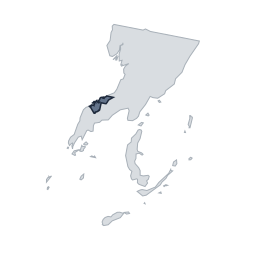 location of Kairuku - Hiri District, Central, Papua New Guinea, rotated 102°
{"feature_id": "67681753B66231451727699", "entity_name": "Kairuku - Hiri District", "entity_type": "district", "adm_level": 2, "iso_a3": "PNG", "parent_name": "Papua New Guinea", "parent_adm1": "Central", "projection": "albers", "projection_center": [147.055, -8.887], "detail": "fine", "context": "in_parent", "style": "filled", "palette": "slate", "viewbox_px": 256, "rotation_deg": 102, "n_neighbors": 0, "source": "geoboundaries", "source_scale": "gbopen_adm2", "svg_char_len": 6920}
<svg xmlns="http://www.w3.org/2000/svg" viewBox="0 0 256 256"><g transform="rotate(102 128 128)"><path d="M29.6,163.3L29.1,133.6L27.5,131.5L28.9,126.2L28.1,76.3L30.9,76.5L44.8,82.3L54.2,85.4L62.3,86.8L69.9,91.7L75.4,91.9L83.6,98.9L86.9,99.3L92.7,105.1L93.1,109.9L92.5,112.9L101.3,115.7L109.7,119.8L114.2,120.2L116.8,121.6L119.9,125.1L120.5,129.7L118.7,130.6L110.8,130.5L108.6,132.0L111.8,139.3L118.8,146.0L124.2,149.0L125.7,155.1L128.4,157.0L130.2,161.8L132.9,162.3L138.3,161.5L139.2,163.5L138.3,166.6L139.1,167.8L149.0,170.4L145.7,172.0L147.2,174.7L153.6,177.2L157.6,178.1L160.0,177.9L157.2,179.2L154.7,178.8L154.2,179.2L155.2,180.3L157.3,181.6L155.1,183.2L153.0,183.4L149.0,182.3L145.5,179.3L134.8,177.9L131.0,176.6L128.1,177.0L119.4,175.4L116.5,173.3L114.6,170.1L109.5,166.2L108.2,164.3L108.7,161.8L107.3,162.2L104.3,160.4L96.4,148.7L92.4,147.0L82.3,145.1L80.9,142.8L76.1,142.0L75.1,143.5L71.3,144.5L68.0,143.4L64.8,140.6L68.7,147.1L67.3,147.0L67.9,148.1L67.2,148.2L63.0,147.9L64.3,150.5L57.5,152.1L52.3,151.6L49.9,152.3L48.9,152.3L47.5,150.3L45.7,150.7L47.2,150.7L49.2,153.0L53.5,152.6L57.7,154.3L61.3,158.1L61.1,160.8L51.7,165.8L46.1,163.7L38.1,164.4L35.2,163.6L31.6,164.6L29.6,163.3ZM173.8,97.4L175.8,98.8L177.8,97.4L181.7,99.2L180.8,105.6L179.6,107.4L176.3,108.0L175.9,108.9L177.9,112.7L177.0,114.1L174.2,115.5L169.5,115.2L168.3,117.8L165.7,120.1L155.5,124.6L144.6,124.9L141.0,122.0L137.2,122.5L132.2,119.1L127.9,117.7L127.1,116.5L127.2,114.8L128.4,113.8L135.9,114.0L140.7,115.4L147.0,114.6L148.8,113.6L149.5,109.5L150.6,107.8L151.6,108.6L150.3,111.8L151.7,114.7L156.2,113.9L159.1,114.6L161.3,113.7L164.6,109.3L167.1,107.3L171.7,106.3L171.7,103.0L170.1,98.5L170.8,97.2L173.8,97.4ZM228.5,131.5L227.9,132.9L227.6,132.5L225.3,133.8L222.6,133.3L220.3,131.8L218.6,129.1L218.5,126.2L216.0,124.8L212.7,121.0L212.1,118.5L212.5,114.5L217.3,116.9L222.1,124.1L226.8,127.3L228.5,131.5ZM191.4,99.5L188.1,105.9L186.1,103.2L185.3,101.4L185.2,96.5L180.1,89.0L174.8,86.5L163.9,78.8L159.6,77.6L160.7,77.2L160.7,75.4L166.1,79.4L169.4,80.4L173.8,83.5L176.9,84.6L189.9,96.2L191.4,99.5ZM104.6,67.1L114.9,67.4L115.1,68.3L113.8,68.3L112.0,69.9L105.8,69.5L103.1,70.2L102.9,69.2L103.9,68.8L103.8,67.7L104.6,67.1ZM155.9,165.9L157.7,167.0L159.3,166.9L160.5,168.2L160.7,170.2L160.0,170.7L159.6,170.1L154.6,169.6L155.6,168.4L154.7,166.1L155.9,165.9ZM155.5,76.5L151.8,76.4L149.1,73.9L152.7,72.8L155.4,73.9L155.5,76.5ZM163.1,175.0L165.4,173.7L165.9,174.2L165.0,177.4L161.5,175.9L159.1,170.8L163.1,175.0ZM182.2,161.7L186.1,161.2L188.0,162.6L188.5,163.1L188.1,164.5L184.9,163.8L182.2,161.7ZM190.8,192.8L198.0,196.5L195.3,197.0L193.0,196.0L192.8,195.2L191.8,195.4L192.3,194.8L190.8,192.8ZM122.9,118.6L119.7,115.9L119.8,114.1L123.3,115.7L122.9,118.6ZM153.4,167.8L152.5,167.9L150.3,166.1L151.7,164.0L153.1,164.8L153.4,167.8ZM211.4,114.3L210.0,110.0L211.3,108.7L212.5,111.5L211.4,114.3ZM111.6,113.3L109.3,111.6L111.0,110.0L112.0,110.8L111.6,113.3ZM146.5,61.7L145.3,62.0L143.6,60.6L144.1,59.0L146.0,60.0L146.5,61.7ZM96.5,102.7L95.2,104.2L94.3,103.1L95.8,101.3L96.5,102.7ZM163.8,153.5L163.8,158.7L162.8,157.7L163.3,155.5L162.3,154.9L163.8,153.5ZM62.1,154.8L64.3,156.9L59.0,153.6L62.1,154.8ZM64.0,154.3L61.1,153.5L60.5,152.8L63.9,153.1L64.0,154.3ZM204.9,193.6L204.7,194.3L202.8,194.4L201.6,193.3L202.8,193.6L202.6,192.9L204.9,193.6ZM185.0,81.9L185.1,84.3L183.7,82.6L185.0,81.9ZM177.8,80.5L177.2,81.2L175.9,79.5L176.1,79.2L177.8,80.5ZM160.6,182.3L160.4,183.3L159.1,182.8L159.3,182.1L160.6,182.3ZM176.6,78.7L175.6,79.0L175.8,77.3L176.6,78.7ZM120.5,70.8L120.6,71.9L119.1,71.7L120.5,70.8ZM198.6,95.5L198.4,96.6L197.6,96.2L198.6,95.5Z" fill="#d9dde1" stroke="#a8b0b8" stroke-width="1"/><path d="M101.1,148.8L101.1,155.5L101.3,155.6L101.7,155.8L101.9,156.0L102.2,156.4L102.5,156.8L102.7,157.0L102.9,157.2L103.1,157.6L103.0,157.9L103.2,158.0L103.4,157.8L103.3,158.0L103.5,158.1L103.5,158.3L103.6,158.2L103.6,158.3L103.4,158.5L103.5,158.6L103.8,158.6L104.0,158.4L104.0,158.5L104.1,158.4L104.2,158.2L104.1,158.3L104.1,158.5L104.0,158.8L103.9,159.0L103.7,159.2L103.4,159.4L103.3,159.5L103.4,159.8L103.6,159.9L103.6,160.0L103.5,160.3L103.8,160.7L103.8,160.9L103.9,161.0L104.0,161.1L104.3,161.3L104.5,161.5L104.9,161.5L105.1,161.6L105.5,161.6L105.8,161.7L105.9,161.8L106.0,161.8L106.1,161.7L106.5,161.8L106.8,162.1L107.0,162.3L107.4,162.4L107.7,162.6L107.9,162.6L108.0,162.6L108.2,162.4L108.2,162.5L108.3,162.5L108.5,162.3L108.5,162.2L108.7,161.9L108.6,161.7L108.8,161.5L108.8,161.4L108.7,161.2L108.8,161.2L108.7,161.1L108.8,161.2L108.8,161.3L108.9,161.5L109.0,161.6L109.3,161.7L109.3,161.8L109.3,161.7L109.5,161.7L109.6,161.8L109.4,161.7L109.3,161.9L109.2,161.7L109.0,161.8L108.9,161.9L108.9,162.0L109.2,162.0L108.8,162.0L108.8,162.3L108.7,162.3L108.6,162.5L108.3,162.6L108.5,162.7L108.6,162.8L108.3,162.8L108.2,162.7L107.8,162.7L107.8,162.8L108.1,163.1L108.2,162.9L108.2,163.0L108.3,163.0L108.2,163.1L108.1,163.3L108.0,163.6L108.0,163.9L108.0,164.0L108.1,164.3L108.3,164.3L108.3,164.2L108.4,164.3L108.2,164.4L108.1,164.6L107.9,164.6L108.1,164.8L108.3,164.8L108.3,164.7L108.5,164.7L108.8,164.7L109.1,164.9L109.1,165.0L109.3,165.3L109.2,165.3L109.3,165.4L109.3,165.5L109.3,165.8L109.4,165.7L109.3,166.1L109.4,166.3L109.5,166.3L109.8,166.5L109.7,166.7L109.7,166.8L109.6,167.0L109.8,167.1L109.7,166.9L109.8,166.8L109.7,166.7L109.8,166.7L110.0,166.9L110.0,167.0L110.3,167.3L110.3,167.2L110.4,167.3L110.4,167.2L110.5,167.2L110.5,167.3L110.4,167.4L110.5,167.5L110.7,167.4L110.3,167.0L110.2,166.9L110.2,166.7L110.3,166.6L110.5,166.7L110.5,166.3L110.9,166.2L111.4,165.8L111.8,165.8L112.0,165.8L111.9,165.8L112.0,165.9L111.9,165.9L112.0,165.9L112.1,166.0L112.3,166.1L112.5,166.0L112.7,166.3L112.8,166.3L112.8,166.5L113.0,166.4L112.9,166.7L113.1,167.1L113.1,167.3L113.1,167.6L113.1,167.8L113.1,168.1L113.3,168.1L113.5,168.2L113.5,168.3L113.4,168.3L113.4,168.5L113.5,168.5L113.8,168.7L113.9,168.8L114.0,168.8L113.9,168.9L113.9,169.0L114.1,169.3L114.3,169.5L114.5,169.6L114.6,169.8L114.6,170.0L114.8,170.3L115.3,169.6L115.6,168.9L120.6,164.3L120.6,164.2L120.5,163.8L120.5,163.7L120.4,163.6L120.3,163.3L120.2,163.2L119.9,163.1L119.7,163.2L119.5,163.3L119.3,163.3L119.2,163.3L119.1,163.1L119.1,162.7L118.9,162.4L118.7,162.3L118.7,162.2L118.6,161.9L118.5,161.7L118.4,161.5L118.2,161.4L118.2,161.2L117.9,160.9L117.7,160.8L117.7,160.7L117.3,160.6L117.1,160.5L116.8,160.5L116.6,160.4L116.5,160.1L116.7,159.8L116.5,159.7L116.3,159.6L116.2,159.5L108.9,159.5L108.9,155.1L108.7,154.4L108.4,154.3L106.8,153.6L104.7,152.9L101.1,148.8ZM103.2,158.9L103.3,158.8L103.3,158.7L103.2,158.5L103.0,158.4L102.9,158.1L102.9,158.6L103.0,158.8L103.2,158.9ZM109.0,161.7L108.9,161.7L108.8,161.8L109.0,161.7ZM108.3,162.7L108.2,162.7L108.3,162.7L108.3,162.7ZM108.0,163.4L108.0,163.2L108.0,163.3L108.0,163.4ZM107.6,164.3L107.6,164.2L107.6,164.3L107.6,164.3ZM113.1,168.3L113.1,168.2L113.1,168.3L113.1,168.3ZM108.5,162.8L108.4,162.8L108.5,162.8Z" fill="#64748b" stroke="#1e293b" stroke-width="1.5"/></g></svg>